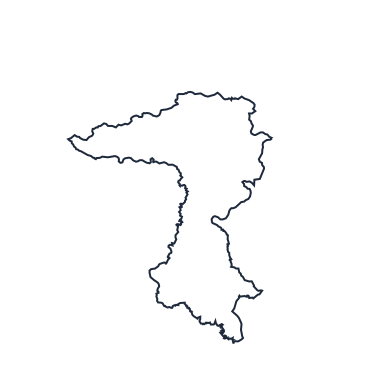 San Jacinto Del Cauca, Bolívar, Colombia, rotated 128°
{"feature_id": "7082276B25893403851567", "entity_name": "San Jacinto Del Cauca", "entity_type": "district", "adm_level": 2, "iso_a3": "COL", "parent_name": "Colombia", "parent_adm1": "Bolívar", "projection": "albers", "projection_center": [-74.643, 8.23], "detail": "fine", "context": "isolated", "style": "outline", "palette": "slate", "viewbox_px": 384, "rotation_deg": 128, "n_neighbors": 0, "source": "geoboundaries", "source_scale": "gbopen_adm2", "svg_char_len": 6048}
<svg xmlns="http://www.w3.org/2000/svg" viewBox="0 0 384 384"><g transform="rotate(128 192 192)"><path d="M275.6,61.9L275.0,63.3L270.5,68.5L265.7,71.6L264.9,72.7L262.4,77.4L261.7,80.2L261.3,86.8L257.7,87.0L250.7,89.8L246.3,89.7L245.5,90.7L244.5,90.8L244.8,89.7L241.6,86.5L240.8,84.3L239.8,84.8L239.1,84.1L239.1,83.2L240.3,81.7L237.9,79.2L238.1,78.2L232.4,76.9L231.0,75.8L226.6,76.0L227.1,77.2L228.9,78.7L229.2,79.8L228.3,85.3L227.5,85.6L225.6,89.9L227.3,91.9L229.0,96.3L227.5,99.7L227.6,101.7L226.3,103.4L226.3,105.2L223.7,108.3L225.2,110.2L225.3,112.2L226.9,115.1L225.7,115.3L224.0,116.9L223.4,118.3L222.5,119.1L222.4,120.5L221.7,120.6L220.8,119.8L220.2,121.6L218.9,123.7L217.1,125.1L216.9,126.7L215.3,128.8L214.7,128.9L213.3,130.4L212.5,130.3L211.5,131.8L210.8,131.1L210.4,131.5L209.9,131.2L207.2,134.9L204.0,137.1L204.2,138.5L203.5,139.2L202.8,141.8L202.8,142.6L203.4,143.3L202.5,144.2L203.6,145.5L203.0,145.9L202.3,147.2L202.9,150.4L202.6,151.9L203.8,156.7L203.2,158.0L201.3,159.8L198.4,160.0L196.9,159.0L195.9,155.9L196.1,152.8L194.7,150.9L191.8,149.1L187.6,149.4L183.6,151.1L181.4,151.2L180.4,150.9L179.6,149.7L177.1,148.2L169.7,147.0L167.4,145.0L165.2,144.6L162.8,143.3L159.8,143.5L156.4,145.2L154.9,146.8L154.1,148.5L155.2,150.3L154.7,152.1L155.2,154.5L153.6,156.0L153.2,158.4L151.5,157.9L150.7,157.1L150.5,155.4L148.2,153.1L147.9,150.4L148.5,147.2L143.9,150.4L140.0,146.6L129.3,149.6L128.1,150.7L127.5,153.4L126.0,154.7L126.4,157.3L125.0,159.5L118.3,160.6L115.2,162.7L113.0,163.6L111.3,165.4L109.3,166.4L105.2,165.2L102.5,162.5L101.5,162.2L100.9,163.1L100.4,162.9L100.9,165.2L100.3,168.0L101.2,169.8L101.4,172.9L102.9,174.7L108.1,177.1L108.9,178.5L109.3,181.2L108.0,183.0L103.3,184.2L102.1,184.9L101.3,187.3L100.0,189.1L99.8,191.5L96.6,193.4L95.0,195.4L93.2,193.1L89.3,191.9L88.9,195.1L87.0,195.1L85.7,195.7L84.6,196.5L84.1,198.3L84.5,203.7L86.0,208.1L86.2,211.6L90.4,212.8L91.7,215.8L92.3,215.7L93.4,217.4L93.3,218.4L94.4,217.9L94.7,218.6L95.3,218.1L95.1,219.8L95.7,220.8L96.7,221.0L98.7,223.1L99.0,224.5L98.1,229.5L98.0,233.0L101.4,234.1L107.0,238.2L108.2,240.8L109.0,245.9L113.1,250.0L113.2,252.8L114.2,255.0L115.9,256.6L117.8,257.1L118.0,257.9L119.9,258.8L123.2,263.0L124.7,263.1L127.4,260.9L128.6,260.7L129.3,261.6L130.6,261.1L131.3,259.9L131.0,258.2L131.6,257.3L135.1,259.4L138.3,260.0L142.4,262.7L146.2,266.5L147.1,266.6L149.2,265.6L151.6,265.1L154.2,266.2L155.9,270.0L155.7,271.4L156.3,274.1L157.5,276.2L159.0,277.5L159.3,278.5L161.1,279.1L162.6,277.8L163.8,277.7L165.5,280.0L165.3,280.8L166.1,283.1L168.7,284.8L171.0,285.4L172.0,285.1L173.1,283.3L176.8,283.7L178.5,284.6L179.4,286.7L183.1,288.8L184.2,291.3L188.0,291.8L189.0,295.4L191.7,299.0L191.2,301.4L192.1,303.6L196.3,304.7L197.7,306.2L199.2,306.0L200.0,307.2L202.5,308.0L203.4,309.1L205.6,308.0L206.8,305.7L208.2,305.4L209.2,305.4L212.4,307.0L216.0,307.1L217.8,310.1L218.4,313.5L218.0,314.8L219.2,316.7L219.4,319.5L224.2,320.6L226.6,322.1L226.8,319.8L226.2,318.0L227.6,316.7L227.7,314.8L228.8,313.0L228.7,311.1L229.6,309.6L228.8,308.0L229.0,306.5L228.2,304.4L227.1,297.0L225.8,293.7L225.9,291.2L225.2,289.8L225.6,289.4L225.3,288.0L223.9,288.0L221.8,285.6L219.4,284.5L216.5,279.7L211.2,274.9L210.4,272.9L210.4,270.9L211.2,269.7L213.0,268.5L213.1,266.4L211.6,265.1L208.5,266.0L206.7,265.5L203.8,262.9L202.9,261.0L203.3,257.9L202.6,254.8L201.2,253.6L199.2,252.8L197.6,250.9L196.9,246.0L195.4,243.0L193.9,242.8L191.7,244.8L189.9,244.2L190.0,242.3L192.1,241.3L192.3,240.8L190.8,239.9L189.9,238.5L189.6,235.3L185.7,232.3L185.1,230.1L185.1,227.3L182.4,224.1L181.6,219.4L183.0,217.8L182.7,216.5L184.2,213.9L184.2,212.4L185.7,211.1L186.3,211.2L186.4,208.7L189.1,208.9L190.2,208.6L190.8,209.2L191.9,209.4L192.9,208.8L193.2,206.7L194.4,206.1L194.7,204.9L193.8,205.0L193.0,203.6L191.8,203.0L191.2,202.3L191.2,201.3L191.7,200.5L193.3,199.7L192.7,198.2L194.5,197.8L194.2,195.7L195.9,196.0L196.7,194.0L200.4,193.6L201.4,192.1L202.9,192.2L204.4,191.4L207.1,191.9L208.2,193.7L208.7,193.8L209.1,191.9L210.1,190.8L210.8,191.1L210.9,192.3L211.7,192.6L212.1,191.2L213.4,189.7L215.7,189.9L216.2,187.5L218.0,186.9L217.6,184.7L219.8,183.9L221.3,184.5L222.6,184.2L221.4,182.6L221.7,181.1L223.3,181.7L224.0,180.8L225.1,180.7L225.7,182.8L226.6,184.0L227.3,184.2L227.7,183.6L227.3,182.0L231.1,180.2L232.0,178.2L236.2,178.4L238.0,177.0L238.9,175.3L243.3,174.3L243.8,174.5L244.5,176.3L246.1,174.4L247.0,176.8L248.7,177.4L249.9,176.6L249.9,174.2L251.6,171.5L252.7,170.9L254.5,171.8L258.0,171.2L258.3,170.9L257.7,169.5L257.9,169.0L260.3,169.2L264.2,168.3L264.6,168.7L264.2,169.5L264.7,170.6L268.4,173.0L269.4,173.3L271.3,172.9L275.1,174.0L277.9,176.7L280.0,177.1L282.0,175.5L284.6,172.3L284.8,167.9L284.5,163.3L284.9,161.8L285.8,160.6L286.7,159.7L289.2,159.5L291.3,158.5L291.2,157.1L292.1,156.3L294.0,157.5L294.9,156.3L296.3,155.7L297.7,153.4L299.3,152.5L299.9,150.7L298.2,148.2L297.8,146.8L299.0,143.6L298.3,143.0L298.5,142.1L298.0,140.0L296.7,139.2L295.8,136.5L295.2,136.3L293.7,136.9L292.1,136.2L291.8,135.1L290.9,135.2L289.7,133.4L289.4,134.0L286.8,133.0L283.7,129.6L284.6,129.0L284.6,127.8L285.2,126.9L284.9,126.4L285.4,126.0L285.0,125.4L286.0,124.5L285.6,124.2L285.9,123.6L285.3,123.0L285.8,122.6L285.4,121.9L286.8,120.3L286.5,119.1L287.1,119.3L287.0,118.1L288.5,116.2L288.8,114.5L288.4,109.6L287.3,109.9L285.2,108.7L287.2,107.2L289.2,106.6L290.2,104.1L289.5,103.1L289.5,102.0L288.7,101.8L288.4,100.8L286.4,100.6L286.0,100.0L286.3,99.6L285.3,99.0L284.9,98.1L283.8,97.5L284.8,95.5L283.0,93.3L281.4,93.1L281.3,93.5L279.3,94.1L280.6,92.5L281.6,89.7L281.3,88.9L279.0,87.8L280.3,87.3L281.2,85.9L280.8,85.4L279.6,87.0L278.8,87.2L277.7,86.7L277.7,86.1L279.0,86.6L280.3,84.8L281.2,82.0L281.7,82.3L282.0,83.2L283.0,83.4L282.2,81.6L282.4,80.9L284.3,80.8L284.4,82.6L285.4,83.1L286.4,78.8L286.3,78.1L284.8,77.7L284.6,76.4L285.1,76.0L285.2,76.4L286.4,76.2L286.2,76.7L287.6,76.8L287.5,76.2L285.1,74.4L285.5,74.3L285.5,72.4L284.5,72.5L283.7,70.8L282.0,70.1L283.1,69.6L283.0,69.0L283.3,69.3L285.9,66.0L284.2,66.8L283.0,66.0L281.2,63.6L277.7,62.2L275.6,61.9Z" fill="none" stroke="#1e293b" stroke-width="2"/></g></svg>